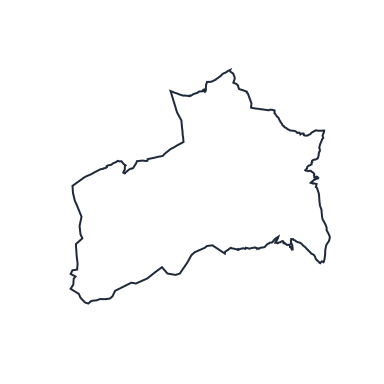 the district of Intorsura Buzaului, Covasna, Romania, rotated 253°
{"feature_id": "2599482B89691616287649", "entity_name": "Intorsura Buzaului", "entity_type": "district", "adm_level": 2, "iso_a3": "ROU", "parent_name": "Romania", "parent_adm1": "Covasna", "projection": "albers", "projection_center": [26.001, 45.693], "detail": "fine", "context": "isolated", "style": "outline", "palette": "slate", "viewbox_px": 384, "rotation_deg": 253, "n_neighbors": 0, "source": "geoboundaries", "source_scale": "gbopen_adm2", "svg_char_len": 6084}
<svg xmlns="http://www.w3.org/2000/svg" viewBox="0 0 384 384"><g transform="rotate(253 192 192)"><path d="M212.1,336.4L212.4,335.9L212.5,334.7L213.5,331.1L214.8,328.4L214.8,328.1L214.5,327.5L214.5,326.8L214.4,326.0L214.1,325.4L214.1,325.0L213.6,323.2L212.8,322.2L212.6,321.4L212.6,320.1L212.3,319.6L212.2,319.1L212.8,316.8L213.4,315.8L213.8,315.5L214.8,315.9L215.2,315.8L215.6,315.2L215.6,314.0L216.0,313.1L215.6,312.5L216.1,312.5L217.3,312.1L217.3,311.8L217.6,311.2L217.4,310.5L217.7,310.0L217.9,309.8L218.8,309.6L220.3,308.1L222.3,303.6L223.4,302.7L224.4,301.5L225.8,300.8L226.4,299.9L227.0,299.4L228.1,299.2L228.8,298.4L229.9,297.9L231.2,297.9L232.8,297.1L234.0,297.1L235.4,296.6L237.0,296.5L238.0,296.2L239.6,295.2L242.3,294.4L243.4,293.9L244.1,294.3L244.9,294.4L245.5,294.6L245.7,294.8L246.1,294.6L246.2,294.1L247.0,292.9L247.9,290.9L247.7,289.3L251.1,282.0L251.4,281.1L251.8,280.6L253.6,276.4L255.4,273.1L259.4,274.8L270.0,274.2L271.0,273.4L272.0,273.7L275.1,269.5L276.7,267.1L279.2,267.0L280.2,267.2L280.4,266.9L282.0,266.3L282.4,266.0L284.4,263.5L285.0,263.8L285.7,264.5L287.8,265.9L288.6,266.2L289.4,266.3L293.0,266.0L293.4,265.9L295.7,264.0L296.7,263.7L297.0,263.8L297.6,264.3L297.2,261.5L296.6,260.1L296.4,258.8L296.0,255.6L294.9,254.0L294.5,253.0L293.9,251.1L293.4,250.2L293.0,248.2L292.4,247.4L292.2,245.1L291.9,244.2L291.9,242.0L292.9,238.5L292.3,238.2L290.6,236.9L289.0,236.2L285.4,235.1L284.8,234.7L284.4,234.3L284.0,233.6L284.7,233.3L285.4,233.7L286.2,234.4L286.5,234.0L286.5,233.4L286.3,233.0L286.4,232.6L286.2,232.4L285.6,232.9L285.2,232.4L285.2,231.5L285.5,230.6L285.7,229.5L286.0,228.5L285.7,227.0L285.3,226.6L285.3,225.9L285.3,225.2L285.2,224.5L285.3,222.3L284.6,220.0L284.4,218.9L284.4,217.9L284.9,217.9L284.8,216.9L286.3,213.5L286.5,212.3L287.9,210.0L289.5,207.8L290.2,207.1L291.8,204.7L294.8,201.0L273.7,201.0L272.8,200.9L263.5,202.8L257.1,201.4L252.6,200.6L249.0,199.7L247.4,199.6L242.3,198.5L240.9,191.3L239.9,187.5L239.5,184.9L239.0,183.3L237.0,178.2L236.4,177.0L236.4,176.8L235.1,174.8L235.2,172.4L235.6,169.7L235.8,165.5L236.4,159.2L234.9,158.5L234.9,158.1L235.2,156.8L236.5,153.9L237.6,148.4L236.0,147.2L232.0,142.5L231.9,141.9L232.1,141.3L232.0,140.8L232.2,140.3L232.1,139.3L231.7,137.9L230.2,134.5L229.4,133.2L230.6,132.0L232.2,133.1L232.4,133.7L233.0,134.2L236.2,135.3L236.9,136.3L237.7,135.5L239.1,134.7L242.1,133.5L242.3,131.9L243.5,130.0L242.9,128.4L242.6,126.3L242.6,125.4L242.3,124.4L241.6,122.5L241.9,120.0L241.9,118.9L241.7,118.1L240.8,118.0L240.7,117.7L240.7,117.2L240.3,117.0L240.2,116.8L240.3,116.5L240.3,115.4L240.5,114.8L240.2,114.2L240.2,113.7L240.5,111.0L239.4,105.0L238.4,100.3L238.0,96.1L237.5,93.4L232.8,79.5L225.9,77.9L218.0,77.4L213.6,78.0L200.6,79.1L192.3,74.5L184.2,73.0L179.7,73.6L176.1,65.7L164.5,63.0L157.1,61.7L151.4,59.5L152.1,54.8L149.1,52.0L145.2,55.9L143.6,53.5L138.1,51.4L134.9,47.6L127.6,54.0L123.6,54.4L118.0,57.2L117.3,57.8L115.7,60.2L116.1,61.1L116.2,61.6L116.6,62.1L117.1,63.5L117.1,64.3L117.0,65.9L116.3,68.8L116.5,71.6L116.4,73.3L115.6,75.4L114.8,78.1L114.2,81.5L114.3,82.8L115.6,85.6L120.0,89.6L123.0,107.5L120.9,111.6L122.4,124.0L125.9,132.9L128.9,141.3L121.2,144.7L117.5,152.1L117.6,156.5L125.9,166.9L131.7,172.9L133.6,176.9L134.9,187.8L136.0,190.7L135.0,196.0L123.5,205.4L125.2,206.3L125.7,207.8L126.0,209.0L126.0,209.5L126.6,210.5L126.9,211.2L127.2,213.0L126.9,213.3L126.3,213.8L126.0,214.8L124.1,217.9L124.0,218.1L124.0,219.1L123.4,218.9L123.1,219.0L123.1,219.6L123.5,221.4L123.3,223.2L123.4,223.6L123.2,223.8L123.2,224.6L122.8,225.3L122.0,226.4L122.9,227.1L122.7,227.4L122.3,228.4L121.5,229.5L121.1,230.4L120.9,231.5L121.0,232.9L120.6,234.8L120.6,236.1L120.0,236.7L118.7,237.4L119.2,238.0L118.9,238.3L118.7,238.8L118.1,239.2L118.5,240.1L118.6,240.6L118.6,241.7L118.1,244.5L118.2,245.4L120.1,248.8L120.3,249.3L120.3,250.5L120.8,251.4L120.4,253.3L120.4,254.1L122.1,256.4L123.1,258.2L123.6,260.2L124.0,261.5L122.5,260.5L121.2,259.1L120.1,257.4L119.6,257.0L119.1,256.8L119.0,257.3L119.1,257.7L118.9,258.1L118.5,258.2L118.3,258.4L118.7,258.6L118.1,259.6L118.3,260.4L118.1,261.8L118.5,262.8L118.6,263.5L118.6,264.1L118.4,264.6L118.0,264.9L116.4,264.5L115.9,264.9L115.6,265.4L115.9,265.9L113.5,267.4L113.3,269.3L112.2,269.8L110.8,269.6L110.7,270.0L110.2,270.3L108.5,270.5L108.2,270.9L107.7,270.8L107.6,271.5L108.5,271.7L111.8,272.3L112.7,272.2L113.5,271.5L114.0,272.0L114.4,271.7L115.0,271.8L115.7,272.3L116.5,272.5L116.7,272.4L117.1,272.7L118.0,273.1L117.6,274.2L117.5,274.8L116.6,275.0L115.3,276.7L114.5,277.0L113.8,277.7L113.0,278.6L112.3,280.0L111.6,280.7L109.7,282.1L108.5,282.5L106.2,284.1L103.5,285.4L102.7,286.0L101.8,286.2L100.3,287.2L98.2,288.1L96.7,289.7L95.9,290.3L94.2,290.7L91.4,290.9L88.2,292.8L87.1,293.2L86.6,293.6L86.4,293.8L86.5,294.0L87.4,295.1L87.7,296.0L87.4,296.4L86.4,297.2L87.0,297.8L88.9,299.0L92.7,300.8L98.1,302.7L101.5,304.6L102.2,305.1L103.8,307.0L104.6,308.1L105.4,308.9L107.8,310.3L109.2,310.7L112.7,310.3L116.1,309.5L117.9,310.2L119.4,310.3L121.6,310.2L126.7,309.1L128.4,308.9L131.0,309.3L137.2,310.6L141.7,310.4L146.9,311.4L151.1,312.4L153.3,312.8L155.7,312.8L159.4,312.7L160.0,312.4L160.4,311.9L163.2,313.5L165.1,310.2L164.8,310.0L166.1,308.2L166.4,308.7L167.6,311.7L167.9,312.0L168.0,313.8L168.2,315.7L168.2,316.6L168.5,316.9L169.2,316.6L169.9,316.1L170.3,315.6L170.2,315.1L170.4,314.3L170.0,313.8L170.1,313.2L170.4,313.2L171.1,313.6L172.1,313.5L172.3,313.5L172.9,314.1L173.5,314.1L175.0,313.6L175.8,313.0L176.5,312.2L177.2,312.0L177.6,311.7L177.9,310.7L178.0,309.0L178.1,308.7L178.8,308.1L179.2,307.4L179.3,306.8L179.7,306.6L180.1,307.2L180.4,308.1L180.9,308.9L182.1,309.4L182.8,310.5L183.0,311.6L183.2,311.8L183.1,312.4L183.4,313.9L183.4,314.3L183.6,314.3L184.5,314.9L185.1,314.9L185.4,315.7L186.5,315.7L186.7,315.9L187.1,316.9L187.2,318.7L186.9,319.6L187.2,321.0L187.2,321.6L187.7,322.3L189.8,323.7L192.0,324.6L193.0,325.3L193.5,326.1L195.6,326.8L196.3,326.6L197.0,326.6L198.2,327.2L200.3,328.6L202.9,330.8L204.2,331.6L205.3,333.3L205.9,333.4L206.8,333.3L207.5,333.3L207.9,333.4L209.4,334.7L211.4,336.1L212.1,336.4Z" fill="none" stroke="#1e293b" stroke-width="2"/></g></svg>